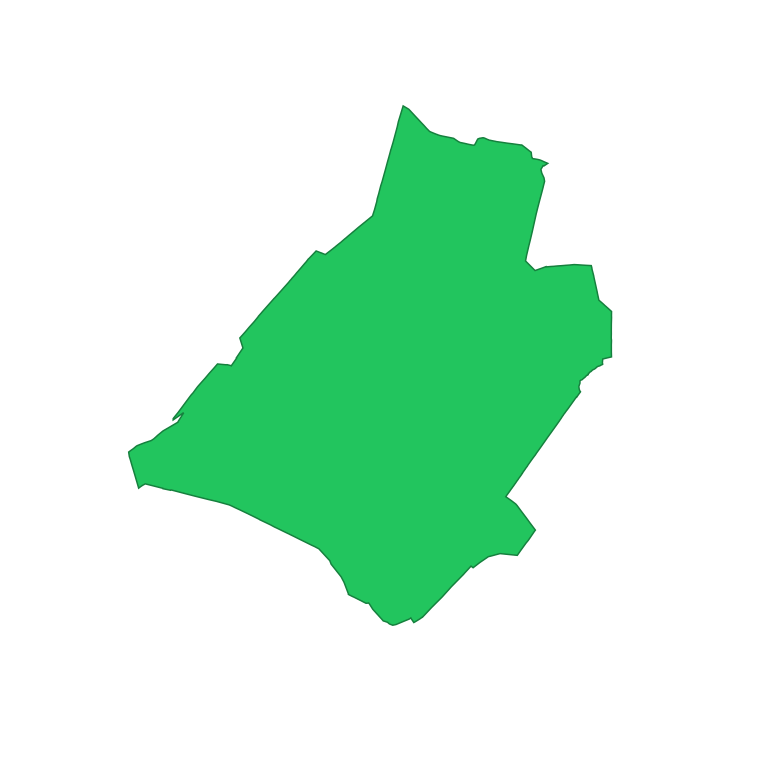 the district of Līgo pag., Gulbene, Latvia, rotated 55°
{"feature_id": "27541924B95861088193965", "entity_name": "Līgo pag.", "entity_type": "district", "adm_level": 2, "iso_a3": "LVA", "parent_name": "Latvia", "parent_adm1": "Gulbene", "projection": "mercator", "projection_center": [26.604, 57.002], "detail": "fine", "context": "isolated", "style": "filled", "palette": "green", "viewbox_px": 768, "rotation_deg": 55, "n_neighbors": 0, "source": "geoboundaries", "source_scale": "gbopen_adm2", "svg_char_len": 5930}
<svg xmlns="http://www.w3.org/2000/svg" viewBox="0 0 768 768"><g transform="rotate(55 384 384)"><path d="M596.5,496.4L596.6,495.5L596.7,494.2L596.8,492.7L597.0,489.4L597.0,487.5L596.9,486.4L597.1,486.3L594.4,473.3L591.9,459.0L591.7,458.0L588.7,445.1L585.5,427.8L585.2,426.7L583.1,417.2L585.6,416.4L585.2,407.8L585.3,397.5L586.2,395.3L588.0,390.3L589.5,386.2L600.8,373.1L598.9,367.9L595.8,359.0L595.0,356.1L594.4,354.3L591.1,345.6L590.9,345.0L590.5,343.8L581.5,344.1L576.0,344.2L567.3,344.5L559.8,344.7L557.9,344.9L552.8,346.5L546.2,348.9L545.6,347.4L545.4,346.8L544.0,342.7L543.3,340.8L543.0,340.0L542.5,338.4L542.2,337.7L541.9,336.7L541.6,335.8L541.1,334.6L540.9,333.9L540.5,332.8L539.9,331.3L539.6,330.4L539.1,328.9L538.7,328.0L538.1,326.2L538.0,325.9L537.2,323.6L536.8,322.7L536.7,322.2L536.5,321.8L536.4,321.9L534.8,317.4L534.3,316.2L534.2,315.8L533.5,313.7L532.9,312.4L531.0,307.1L529.5,302.7L528.9,300.7L528.1,298.8L527.2,296.2L525.8,292.2L522.9,284.2L521.6,280.7L520.5,277.5L519.1,273.5L518.6,272.1L516.1,265.0L514.7,261.1L514.5,260.7L513.7,258.5L513.3,257.6L512.7,256.1L512.4,255.1L512.0,254.3L511.6,252.9L510.9,250.9L510.4,249.5L510.3,248.9L505.0,233.8L505.3,233.7L504.3,231.0L503.1,227.5L502.6,227.4L502.1,227.6L501.6,227.5L501.0,227.3L499.7,226.8L498.5,226.2L497.8,225.8L497.4,225.3L497.1,224.9L495.9,223.2L495.7,223.0L495.3,222.7L494.6,222.2L494.2,221.9L493.8,221.5L493.7,221.1L493.8,220.4L494.0,219.7L494.1,219.2L494.0,218.6L493.9,217.9L493.8,216.7L493.8,215.8L493.6,214.9L493.5,214.5L493.3,213.3L493.2,212.9L493.3,212.7L493.5,212.1L493.3,212.0L493.2,211.4L493.3,211.2L493.0,210.9L492.9,210.8L492.7,210.6L492.8,210.5L492.8,210.2L492.5,209.2L492.3,208.8L492.5,207.8L492.4,206.6L492.1,205.1L492.4,203.7L492.5,201.9L492.2,199.9L492.3,198.4L492.9,196.9L493.0,195.4L493.3,194.0L493.2,193.4L492.1,193.1L489.0,190.5L490.6,186.3L492.3,182.1L488.2,179.4L484.9,177.1L482.3,175.3L479.8,173.4L478.4,172.4L477.6,172.0L477.2,171.8L476.0,171.0L473.3,169.0L470.4,167.0L465.6,163.6L460.1,159.5L458.7,158.6L455.1,156.0L447.3,157.8L447.1,157.9L444.2,158.5L442.1,159.0L440.5,159.4L438.6,159.9L434.1,158.0L431.5,156.9L431.4,156.8L426.8,154.9L424.9,154.1L417.2,150.9L415.5,150.1L409.6,147.9L407.8,147.0L405.9,146.3L401.5,151.9L397.0,157.5L395.2,159.8L392.9,163.9L391.0,167.1L388.8,170.9L386.5,174.7L385.0,177.4L383.4,180.0L381.1,184.0L380.8,183.9L380.0,187.0L377.7,195.2L364.4,197.5L360.3,193.3L353.6,185.8L350.4,182.1L343.9,174.8L331.9,161.7L331.6,161.4L331.4,161.1L328.6,157.9L322.8,151.1L317.6,144.9L314.1,140.8L313.7,140.4L310.1,136.2L306.9,134.7L301.8,133.8L298.5,132.5L298.2,132.3L296.4,128.5L296.5,128.4L296.9,128.1L297.1,128.0L297.1,127.7L297.2,124.1L297.2,123.3L293.8,125.4L291.9,126.5L290.3,127.5L289.2,128.4L288.3,129.2L287.6,129.9L286.7,130.8L286.1,131.4L285.0,132.6L284.7,132.8L284.0,133.0L283.6,132.8L283.1,132.8L282.5,132.6L280.6,131.6L279.0,130.7L278.5,130.5L278.2,130.6L276.5,131.2L273.4,132.1L267.6,133.9L267.3,134.0L267.1,134.2L266.7,134.8L265.2,136.4L261.3,140.6L257.5,144.8L253.7,148.8L250.0,152.8L249.3,153.4L246.7,155.9L245.2,157.3L244.9,157.7L244.5,158.0L244.1,158.2L242.8,159.1L240.2,160.6L239.1,161.6L239.0,161.8L238.7,162.4L237.5,164.9L237.4,165.3L237.2,166.2L237.1,166.4L237.2,166.8L237.5,167.5L238.4,169.2L239.2,170.7L239.6,171.6L239.8,172.0L240.0,172.3L240.1,172.7L239.9,173.4L239.4,174.1L238.3,175.2L235.9,177.5L233.3,179.8L229.7,183.2L227.7,184.2L223.7,185.7L222.8,186.0L222.1,186.6L215.5,192.9L214.7,193.7L212.6,195.6L210.9,196.9L210.2,197.3L209.3,198.0L204.3,201.2L203.4,201.7L202.7,201.9L202.0,202.0L199.1,202.5L194.9,203.0L191.7,203.5L186.6,204.2L182.5,204.8L173.2,206.1L172.5,206.4L169.6,207.7L167.2,208.8L170.8,213.4L173.8,217.2L177.3,221.7L180.8,225.5L182.5,227.5L191.3,238.0L195.5,243.3L196.2,244.3L196.4,244.5L197.2,245.4L200.7,249.6L204.2,253.9L207.3,257.6L210.4,261.3L212.6,264.0L216.9,269.2L217.3,269.7L219.7,272.9L225.1,279.2L228.3,283.2L230.7,285.6L231.4,286.5L235.8,291.8L238.5,295.4L239.7,296.9L240.5,307.8L241.0,314.8L242.3,329.4L242.5,331.0L242.6,332.7L243.2,338.6L243.3,340.5L243.9,349.0L244.3,357.8L236.1,363.3L237.2,368.6L238.2,373.8L238.2,374.3L238.8,376.1L239.6,378.8L239.7,379.6L240.0,380.6L240.7,383.3L241.1,384.8L241.3,385.6L241.8,387.7L242.2,389.1L242.6,390.8L242.8,391.7L243.5,394.1L244.1,396.4L244.5,398.3L244.8,399.3L245.2,400.7L245.5,402.2L245.9,403.4L246.2,404.6L250.4,422.4L250.4,422.6L250.6,423.3L250.8,424.3L250.9,425.2L251.0,425.4L254.6,440.5L256.5,448.1L256.7,448.4L258.4,454.3L260.2,462.0L261.7,467.6L263.6,475.7L273.6,478.9L277.9,490.0L278.3,489.9L281.5,498.7L281.2,498.8L278.1,501.5L277.8,502.2L272.1,508.9L273.6,514.9L274.7,519.6L275.2,521.7L276.7,527.3L278.5,535.0L279.3,538.2L280.3,541.3L281.7,545.4L282.3,548.1L283.3,551.2L286.1,559.6L289.2,568.9L290.8,574.5L291.4,576.5L292.5,577.3L292.5,565.2L292.9,565.1L294.9,569.9L296.7,574.3L297.1,574.6L295.9,589.4L295.7,592.1L296.2,598.7L296.9,604.1L296.8,607.2L294.8,613.8L293.8,617.8L293.2,620.4L292.9,621.7L292.9,623.1L293.1,625.2L293.2,627.0L293.2,629.5L293.3,632.2L297.5,634.3L300.2,635.1L305.4,636.9L311.2,638.8L324.8,643.4L328.6,644.7L328.5,642.5L328.5,641.9L328.5,640.8L328.6,639.1L328.9,636.8L342.7,624.9L343.0,625.1L348.7,619.7L348.6,619.2L359.1,610.3L368.0,602.7L378.1,593.9L381.0,591.3L384.0,588.6L394.3,580.1L396.8,578.6L399.9,576.9L404.0,574.5L408.1,572.2L409.5,571.4L423.1,563.9L423.8,563.7L428.2,561.2L434.2,557.8L438.6,555.6L438.9,555.4L440.8,554.3L448.4,550.1L457.2,545.2L458.7,544.4L463.3,541.9L474.6,535.7L477.5,534.0L479.7,532.9L481.5,531.9L496.5,529.9L497.4,529.7L501.6,530.7L502.0,530.6L510.6,530.1L517.3,529.7L523.6,530.5L535.8,533.6L535.9,533.8L536.7,533.5L540.4,531.5L540.6,531.3L553.3,524.5L554.6,522.3L554.6,522.2L555.7,522.1L561.9,522.4L562.2,522.4L574.8,520.8L576.4,520.6L577.7,520.5L578.1,520.1L581.2,517.8L583.6,517.2L585.0,516.3L586.6,515.2L587.9,512.2L588.0,511.8L589.9,503.1L591.1,497.8L591.0,496.2L591.9,496.3L596.5,496.4Z" fill="#22c55e" stroke="#15803d" stroke-width="1.5"/></g></svg>